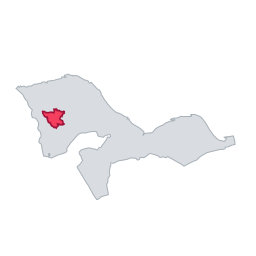 Marrupa, Niassa, Mozambique (highlighted), rotated 259°
{"feature_id": "85939544B26738067837562", "entity_name": "Marrupa", "entity_type": "district", "adm_level": 2, "iso_a3": "MOZ", "parent_name": "Mozambique", "parent_adm1": "Niassa", "projection": "orthographic", "projection_center": [37.58, -13.04], "detail": "fine", "context": "in_parent", "style": "filled", "palette": "rose", "viewbox_px": 256, "rotation_deg": 259, "n_neighbors": 0, "source": "geoboundaries", "source_scale": "gbopen_adm2", "svg_char_len": 7167}
<svg xmlns="http://www.w3.org/2000/svg" viewBox="0 0 256 256"><g transform="rotate(259 128 128)"><path d="M79.8,175.7L81.4,174.4L91.8,162.2L92.5,161.7L91.5,159.8L92.9,157.4L93.0,153.8L93.4,153.2L95.0,152.0L97.2,148.2L98.6,145.3L98.7,143.9L96.5,140.0L95.9,137.9L96.4,136.1L96.6,134.4L96.3,133.8L95.0,133.1L94.8,132.3L94.7,131.4L95.0,130.9L96.5,130.1L96.9,129.7L98.1,125.0L97.5,121.6L97.4,117.6L97.6,113.5L97.4,111.2L96.4,108.5L96.2,106.6L96.9,105.2L97.0,104.4L94.5,104.0L93.2,103.0L88.5,101.3L84.9,101.1L81.8,98.5L79.4,98.1L76.3,96.2L66.7,96.1L66.3,95.9L65.8,90.0L65.4,88.1L64.1,86.0L63.7,84.6L63.8,83.6L69.0,81.3L79.4,78.0L81.7,76.9L99.4,70.5L99.9,70.9L101.7,74.0L104.8,77.4L105.5,76.9L109.8,76.3L110.4,75.8L111.7,75.5L113.2,75.3L113.7,75.5L115.3,77.6L115.9,81.7L116.0,84.4L115.9,86.4L114.6,88.7L113.7,91.5L112.4,93.1L112.4,93.8L114.0,95.5L114.3,96.2L114.3,97.7L114.5,98.3L115.9,99.2L116.9,100.6L120.8,104.7L121.8,105.4L122.6,105.6L123.0,106.4L122.8,107.3L122.2,107.9L122.5,108.7L123.2,109.3L125.0,109.1L125.2,108.9L125.0,105.2L124.4,103.1L123.6,102.1L125.1,98.2L125.9,97.1L128.8,96.7L130.1,96.3L130.6,95.8L131.1,94.5L131.4,91.1L131.5,87.8L131.2,85.9L131.6,83.0L132.2,81.2L131.9,80.8L131.6,78.4L124.2,68.7L120.0,64.4L119.3,64.0L117.0,63.7L115.8,62.1L114.7,53.4L113.1,47.1L115.5,42.9L116.3,40.2L116.8,39.8L118.8,39.7L126.1,39.7L127.9,39.9L128.7,39.7L130.6,38.0L132.1,38.0L134.2,39.1L135.4,39.9L135.6,40.7L137.0,41.2L139.6,41.3L141.5,40.9L142.7,39.9L143.9,39.4L145.3,39.4L146.2,39.7L146.9,40.4L148.2,40.9L150.1,41.2L152.2,40.7L154.4,39.5L155.7,38.3L156.4,36.2L156.8,36.0L160.0,35.8L161.7,36.2L163.9,37.5L167.6,35.2L170.0,34.4L172.2,34.4L174.1,33.9L175.5,32.8L177.1,32.1L180.2,31.3L182.3,30.1L188.2,25.7L188.9,27.0L190.0,28.2L188.5,29.5L189.8,30.4L188.8,31.6L188.7,32.4L189.1,33.3L188.5,34.7L187.6,35.8L187.4,36.6L188.1,38.1L187.7,40.7L188.9,45.1L188.5,46.5L188.7,49.9L188.3,51.2L189.0,51.6L189.4,53.0L189.0,55.4L187.7,56.4L187.6,57.3L189.2,57.4L189.2,60.4L188.9,61.3L189.3,62.3L188.8,63.4L189.3,68.2L189.3,71.7L189.4,72.2L190.8,72.8L190.7,73.8L189.8,75.0L189.9,76.9L190.9,75.4L191.5,75.4L192.0,76.0L192.0,78.1L192.3,79.2L192.1,80.1L190.5,81.8L190.4,83.5L189.7,83.7L189.4,84.1L189.8,85.1L189.8,85.9L188.7,88.6L183.1,94.9L183.0,96.0L181.6,98.0L180.1,98.3L179.3,98.8L179.9,100.6L172.6,105.0L171.9,105.6L170.7,107.2L168.3,108.1L165.7,108.2L165.3,108.5L159.4,110.6L158.3,111.5L155.8,112.4L151.8,114.7L148.6,116.8L145.0,120.0L144.5,121.7L142.8,123.9L140.3,126.5L138.8,128.7L138.7,129.7L137.8,130.0L137.0,129.1L136.7,130.8L136.1,131.0L135.4,130.6L132.2,132.5L129.8,134.7L126.4,138.8L121.6,142.8L120.4,142.9L118.9,141.6L118.0,141.5L119.3,143.0L119.3,146.3L118.8,150.2L118.9,151.1L122.2,155.2L123.8,160.0L124.0,162.5L125.7,165.7L126.5,170.4L126.4,174.9L127.2,175.6L127.4,175.0L127.5,172.2L128.0,171.4L128.4,171.5L128.8,173.0L129.0,174.6L128.4,178.1L128.6,179.5L129.5,181.9L128.6,184.6L127.3,192.2L127.6,192.7L128.3,192.8L128.6,192.0L129.0,192.0L129.2,192.5L128.7,195.5L128.1,196.8L126.1,200.0L125.0,201.4L123.1,202.7L118.8,204.9L110.1,208.0L104.6,210.5L100.4,213.4L98.5,215.3L97.8,217.5L96.4,219.7L97.8,221.6L99.5,222.9L100.1,220.7L100.6,220.6L100.1,230.0L94.2,230.3L92.5,230.0L91.5,230.0L91.3,226.2L90.4,223.3L90.6,221.2L90.5,220.0L89.2,219.3L88.8,217.1L89.4,215.3L88.8,201.0L86.4,194.0L83.3,189.0L83.0,186.5L81.5,180.9L79.8,175.7ZM117.1,46.5L117.9,46.1L118.0,45.4L117.5,45.0L117.1,45.1L116.9,46.3L117.1,46.5ZM116.6,45.2L116.0,44.7L115.5,44.8L115.4,45.3L115.8,45.8L116.4,45.9L116.6,45.2Z" fill="#d9dde1" stroke="#a8b0b8" stroke-width="1"/><path d="M160.4,58.8L160.1,58.7L160.0,58.8L159.8,58.8L159.6,59.0L159.4,59.1L159.2,59.1L158.8,59.0L158.7,58.9L158.5,58.7L158.3,58.7L158.2,58.6L157.8,58.5L157.7,58.5L157.6,58.4L157.2,58.0L157.0,57.9L157.1,57.7L157.3,57.5L157.4,57.4L157.6,57.3L157.8,57.1L157.8,56.9L157.7,56.7L157.9,56.4L158.1,56.1L158.0,55.9L158.3,55.4L158.2,55.2L158.2,54.9L158.4,54.5L158.3,54.4L158.3,54.2L158.2,54.1L158.2,53.8L158.3,53.4L158.2,53.1L158.1,52.9L158.1,52.6L158.2,52.4L158.3,52.3L158.3,52.2L158.4,51.8L158.4,51.7L158.6,51.5L158.6,51.4L158.7,51.2L158.8,51.1L158.8,50.9L158.7,50.8L158.7,50.7L158.8,50.5L158.8,50.2L159.0,50.1L159.3,49.9L159.5,49.7L159.8,49.5L159.9,49.4L160.0,49.2L160.2,48.9L160.3,48.8L160.3,48.7L160.2,48.6L160.3,48.5L160.3,48.4L160.4,48.2L160.5,48.0L160.5,47.9L160.7,47.6L160.6,47.4L160.5,47.2L160.4,47.2L160.1,47.3L159.8,47.3L159.4,47.4L159.0,47.1L158.9,47.1L158.5,47.3L158.1,47.5L157.8,47.7L157.0,47.6L156.5,47.9L156.3,48.0L155.9,48.1L155.7,48.2L155.2,48.4L154.9,48.7L154.6,49.4L154.5,49.5L154.3,49.5L154.2,49.7L154.2,50.1L154.4,50.5L154.3,50.8L154.2,50.9L153.6,50.9L153.0,50.9L153.1,50.7L153.3,50.4L153.2,50.4L152.7,50.4L152.6,50.5L152.4,50.5L152.1,50.6L151.9,50.5L151.5,50.4L151.3,50.6L151.1,50.6L150.8,50.7L150.5,50.7L150.3,50.8L150.0,50.9L149.9,51.0L149.6,50.8L149.4,50.9L149.2,51.0L149.0,50.9L148.9,51.0L148.7,51.0L148.5,51.3L148.4,51.3L148.1,51.7L148.2,51.9L148.1,52.1L148.2,52.3L148.0,52.5L147.8,52.7L147.6,53.0L147.4,53.1L147.0,53.0L146.8,52.7L146.3,53.0L146.1,53.0L145.8,53.1L145.6,53.1L145.3,53.1L145.1,53.1L144.9,53.3L144.8,53.6L144.7,53.9L144.4,53.8L144.3,54.0L144.1,54.2L144.0,54.5L143.7,54.6L143.6,54.9L143.3,54.9L143.2,55.0L143.0,55.3L142.6,55.4L142.5,55.6L142.4,55.7L142.5,56.1L142.3,56.4L142.5,56.6L142.4,56.7L142.4,56.9L142.2,57.1L142.0,57.3L141.9,57.4L142.0,57.4L141.9,57.5L142.0,57.9L142.2,58.2L142.4,58.3L142.6,58.5L142.8,58.7L142.8,58.8L143.0,59.3L143.1,59.5L143.5,59.8L143.8,59.9L144.0,59.9L144.2,60.1L144.7,59.6L145.0,59.6L145.4,59.5L145.6,59.5L145.5,59.8L145.3,60.0L145.2,60.1L145.1,60.3L145.0,60.5L144.9,60.4L144.9,60.6L144.8,60.8L144.7,60.9L144.4,60.9L144.4,61.0L144.3,61.4L144.4,61.5L144.2,61.6L144.2,61.8L144.3,61.8L144.2,61.9L144.0,62.0L144.1,62.3L144.1,62.5L144.0,62.8L144.1,63.0L143.9,63.2L143.8,63.5L143.7,63.5L143.6,63.8L143.6,64.0L143.7,64.3L143.6,64.5L143.6,64.8L143.8,64.9L144.0,64.8L143.9,65.4L143.9,65.5L144.0,65.7L144.0,65.9L144.1,66.1L144.9,65.5L145.0,65.5L145.2,65.2L145.3,65.1L147.2,65.3L147.4,65.2L147.4,64.9L147.6,64.6L147.9,64.5L148.0,64.6L148.2,64.3L148.4,64.2L148.5,64.0L148.7,63.7L148.8,63.5L148.9,63.4L149.1,63.2L149.3,63.2L149.6,63.1L149.8,63.0L149.8,62.9L150.0,62.9L150.3,62.8L151.6,63.7L151.9,64.3L152.2,64.5L152.2,64.8L152.0,65.0L151.9,65.2L152.0,65.2L152.2,65.4L152.4,65.7L152.6,65.8L152.8,66.0L153.0,66.0L153.0,65.8L153.3,65.8L153.5,65.9L153.6,66.1L153.8,66.2L154.0,66.3L154.1,66.5L154.1,66.8L154.3,66.9L154.4,67.0L154.5,67.2L154.5,67.3L154.7,67.5L154.5,67.8L154.4,67.8L154.5,68.1L154.8,68.1L155.0,68.2L155.3,68.1L155.5,68.1L155.8,68.2L155.9,68.3L155.9,68.5L156.0,68.5L156.1,68.4L156.2,68.6L156.3,68.6L156.5,68.6L156.8,68.6L156.7,68.6L156.8,68.4L156.8,68.2L156.7,68.1L156.5,67.9L156.5,67.7L156.5,67.4L156.5,67.2L156.4,67.2L156.3,66.9L156.3,66.6L156.5,66.3L156.6,66.2L156.7,65.9L156.7,65.5L156.8,65.4L157.2,65.2L157.6,64.5L157.8,64.2L158.5,63.7L158.2,62.6L158.3,62.4L158.5,62.2L158.8,62.1L158.9,61.8L159.1,61.9L159.4,61.8L159.6,61.8L159.6,61.7L160.0,61.1L159.9,61.1L159.9,60.9L160.0,60.9L159.9,60.8L160.0,60.7L160.1,60.4L160.2,60.2L160.3,59.9L160.3,59.7L160.5,59.4L160.4,59.3L160.5,59.2L160.4,59.0L160.3,58.9L160.4,58.8Z" fill="#f43f5e" stroke="#9f1239" stroke-width="1.5"/></g></svg>